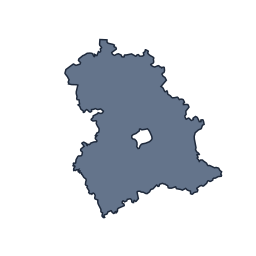 the border of Minsk, rotated 149°
{"feature_id": "BLR-2345", "entity_name": "Minsk", "entity_type": "Region", "adm_level": 1, "iso_a3": "BLR", "parent_name": "Belarus", "parent_adm1": "", "projection": "albers", "projection_center": [27.803, 53.681], "detail": "fine", "context": "isolated", "style": "filled", "palette": "slate", "viewbox_px": 256, "rotation_deg": 149, "n_neighbors": 0, "source": "natural_earth", "source_scale": "10m", "svg_char_len": 5799}
<svg xmlns="http://www.w3.org/2000/svg" viewBox="0 0 256 256"><g transform="rotate(149 128 128)"><path d="M101.4,37.7L104.5,38.6L106.7,38.1L107.3,38.3L108.2,39.5L107.0,41.8L108.1,42.9L109.2,44.4L109.7,46.5L113.4,46.7L114.5,48.2L117.7,51.0L117.7,51.5L117.4,52.9L117.5,53.1L121.6,54.0L123.7,55.3L124.3,56.1L123.7,58.1L123.8,58.4L124.6,59.4L124.9,60.5L126.2,61.7L126.8,62.7L129.1,63.4L130.2,63.3L131.1,62.3L131.7,62.2L132.4,62.5L132.6,64.0L132.9,64.4L137.8,63.0L140.2,63.5L142.4,62.2L145.5,61.9L146.6,62.8L147.9,65.0L149.7,66.3L150.3,67.6L152.1,68.6L152.8,68.7L153.3,68.3L155.5,62.1L158.8,61.0L159.3,61.1L160.0,62.7L160.7,62.4L161.6,61.2L162.2,61.5L162.8,62.7L162.1,64.3L162.1,64.9L162.3,65.8L162.8,66.3L165.4,67.2L166.6,66.2L168.6,66.4L169.1,66.6L169.3,67.8L169.8,68.1L171.0,67.7L171.6,66.7L171.5,66.3L170.7,65.0L171.0,63.7L171.3,63.4L177.7,64.2L178.8,63.8L179.8,62.2L181.4,61.4L181.7,61.4L181.2,62.1L181.2,62.6L181.5,62.7L182.0,62.8L183.9,62.0L184.4,62.2L185.0,63.8L185.0,65.7L185.3,66.0L186.6,66.0L188.1,66.5L190.4,65.1L193.2,65.7L193.9,65.1L194.0,63.4L194.8,63.5L195.3,64.1L195.6,66.0L193.5,68.4L194.2,69.6L194.3,70.2L193.1,72.3L192.7,78.0L192.4,79.3L191.0,81.9L192.7,84.1L192.7,84.7L192.4,85.4L190.9,87.0L190.7,89.0L191.3,90.1L191.8,90.2L193.1,89.8L193.3,90.6L194.5,91.1L194.7,92.3L195.0,92.8L193.7,94.1L193.8,98.2L192.9,98.8L192.7,99.3L193.5,100.5L193.6,101.5L192.0,103.6L190.8,104.6L190.4,105.7L190.4,106.4L191.1,107.8L191.3,108.8L191.3,111.5L191.6,112.1L191.2,113.1L191.2,113.5L192.4,114.3L191.3,116.0L191.7,116.3L192.9,115.7L193.1,116.0L192.9,116.8L191.5,117.8L192.9,118.1L193.5,118.7L194.9,118.6L195.5,119.2L196.4,119.5L196.2,120.1L195.3,121.3L193.4,122.2L193.2,122.6L193.4,123.1L194.5,123.6L194.5,124.1L193.5,124.7L193.1,125.8L192.8,125.9L192.3,125.8L191.6,125.0L190.9,125.0L188.8,127.6L185.7,129.4L184.4,129.4L183.6,128.7L182.1,128.3L181.3,128.7L179.7,130.5L179.6,131.3L180.2,132.9L179.6,134.0L179.1,134.3L175.1,134.9L175.2,137.1L175.5,138.5L175.2,138.8L173.5,138.8L173.0,138.4L171.7,136.1L172.2,134.6L171.9,134.0L170.8,134.8L169.8,133.7L169.0,133.7L168.0,134.3L164.4,133.6L162.2,132.5L161.7,132.5L161.1,133.4L161.5,135.4L161.3,136.2L160.7,136.7L158.9,137.3L160.0,137.8L160.1,138.2L158.3,139.0L157.5,139.7L155.2,139.6L153.9,141.0L153.1,142.6L153.2,145.2L153.0,147.7L152.8,148.4L151.7,149.6L151.5,150.3L152.0,150.9L154.4,152.0L155.3,153.7L155.1,154.4L152.4,155.1L151.8,156.2L151.4,156.3L146.7,156.0L145.7,156.5L144.2,154.7L142.9,154.1L141.7,154.3L140.4,155.1L141.6,158.4L144.5,159.4L146.1,161.5L147.9,161.7L149.8,162.6L150.7,161.0L152.3,161.1L153.0,162.2L153.4,164.1L154.0,165.1L155.6,164.9L156.9,164.1L157.9,164.1L158.2,164.4L157.6,165.5L158.7,168.5L158.2,171.5L158.9,173.5L157.1,173.5L156.3,175.7L155.5,177.1L155.7,177.5L157.0,178.5L156.9,179.5L155.4,181.4L154.7,184.0L153.7,185.7L148.9,190.6L149.8,191.6L153.9,194.2L156.3,196.4L155.5,197.3L155.7,197.9L155.6,198.2L153.7,199.7L153.5,203.2L153.9,206.6L153.8,207.5L151.1,210.1L142.0,211.0L141.7,210.9L140.4,208.5L136.4,207.5L135.7,207.8L135.0,208.5L135.0,208.9L135.5,210.1L135.6,211.6L134.4,212.6L129.3,213.3L127.9,213.0L124.6,213.1L122.0,211.8L120.5,210.6L120.2,209.9L120.3,207.0L120.2,206.6L119.3,206.8L118.7,208.3L117.5,206.2L117.3,206.1L114.0,208.7L113.4,207.6L112.3,207.6L111.7,208.1L111.0,210.1L109.3,210.4L109.2,210.6L109.2,211.8L109.6,213.4L109.2,214.5L106.5,218.3L100.6,214.4L101.7,212.5L101.7,211.9L101.4,210.9L97.8,207.4L97.0,206.1L97.8,205.3L98.0,204.7L96.9,203.3L97.2,201.9L97.5,201.6L103.1,201.1L103.3,200.1L103.3,199.1L102.4,197.4L101.9,197.1L99.7,197.1L98.0,196.6L96.3,194.1L96.3,193.5L96.6,192.8L96.5,192.1L95.0,191.0L94.6,191.0L93.8,192.1L93.3,192.3L91.4,191.3L86.8,189.7L84.5,185.6L84.0,185.5L82.7,186.0L81.5,185.7L81.2,185.3L81.1,184.1L80.8,183.4L78.5,182.1L76.8,182.4L76.1,184.6L74.3,184.7L72.8,186.1L72.4,185.8L71.1,183.7L71.2,183.2L72.4,182.2L72.6,181.7L72.0,179.3L70.3,176.3L69.9,175.5L69.8,174.7L70.9,173.8L71.6,172.0L72.3,171.0L73.4,170.6L75.6,170.8L75.8,170.7L75.8,169.8L75.1,168.1L73.7,166.5L70.4,166.0L69.7,165.7L69.4,165.2L69.2,164.0L68.4,163.3L68.2,162.2L66.6,162.1L65.9,161.6L65.8,161.1L67.0,158.6L67.9,157.6L68.6,157.1L70.5,157.1L71.2,156.5L71.3,154.4L70.3,152.3L70.5,149.2L78.4,146.6L77.7,145.4L77.4,144.0L77.7,140.9L77.6,140.1L77.2,139.8L75.5,139.8L75.6,138.6L76.2,137.4L76.4,136.4L75.1,133.8L74.8,131.8L74.4,131.0L72.7,130.1L69.9,129.1L69.5,128.3L69.4,125.9L67.7,125.5L66.4,124.4L66.1,123.8L66.3,121.1L66.5,120.8L67.8,120.7L68.4,119.5L65.4,117.9L64.7,117.3L64.6,116.9L64.8,115.1L65.1,114.4L69.5,112.8L70.2,111.9L71.2,109.7L73.0,109.1L73.5,108.1L73.7,105.9L73.5,105.5L71.1,105.4L70.5,104.6L70.1,102.4L69.8,101.8L67.7,101.6L67.5,101.8L67.4,102.7L67.0,102.9L64.2,103.1L63.4,101.9L63.2,101.0L63.4,98.1L63.6,96.7L62.3,95.9L62.0,96.1L61.5,97.3L61.2,97.3L59.8,96.6L59.6,96.4L59.6,95.9L60.0,94.3L60.9,91.9L62.8,92.0L65.3,89.9L66.0,89.7L68.5,90.1L72.9,89.3L75.5,86.8L76.8,84.4L79.8,76.2L81.3,74.6L81.4,72.2L80.7,70.7L80.4,68.7L80.7,68.6L82.5,69.7L82.8,69.1L83.0,66.9L84.1,66.7L84.3,66.1L83.9,64.6L84.1,62.7L82.3,63.2L80.9,62.4L80.6,62.0L80.4,61.0L78.9,57.6L78.8,57.1L79.0,55.7L78.8,54.6L77.3,53.8L74.4,49.4L72.8,48.8L71.3,47.3L71.0,46.7L71.1,44.3L70.3,42.3L72.1,40.8L72.3,40.5L72.1,39.7L72.3,39.1L73.0,38.6L75.7,39.9L78.9,40.0L80.3,40.8L81.3,40.7L82.2,39.7L84.6,39.7L85.3,40.0L86.1,41.3L86.6,41.5L87.5,41.2L89.1,40.1L93.1,39.4L93.8,39.7L94.7,41.0L96.5,41.3L100.1,40.9L100.3,40.5L100.0,38.9L101.4,37.7ZM127.0,119.7L128.7,119.4L129.8,117.7L129.4,116.0L128.1,114.9L127.6,112.7L127.8,111.0L128.9,108.9L130.1,107.6L130.0,105.2L128.9,104.8L126.7,106.5L125.1,107.1L124.1,107.1L120.8,105.9L116.6,105.2L114.1,105.7L112.8,106.5L111.9,108.7L111.3,113.5L111.3,115.6L111.8,117.4L113.4,117.8L117.1,119.3L117.8,120.7L118.7,121.1L119.8,119.7L124.1,119.2L127.0,119.7Z" fill="#64748b" stroke="#1e293b" stroke-width="1.5"/></g></svg>